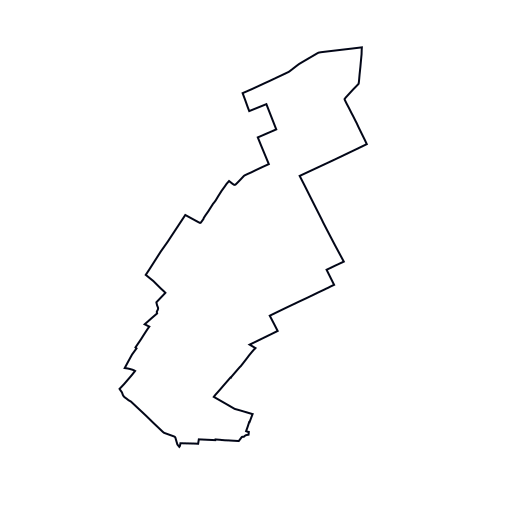 Mitreni, Calarasi, Romania (Natural Earth projection), rotated 338°
{"feature_id": "2599482B76882873077957", "entity_name": "Mitreni", "entity_type": "district", "adm_level": 2, "iso_a3": "ROU", "parent_name": "Romania", "parent_adm1": "Calarasi", "projection": "natural_earth1", "projection_center": [26.636, 44.19], "detail": "fine", "context": "isolated", "style": "outline", "palette": "ink", "viewbox_px": 512, "rotation_deg": 338, "n_neighbors": 0, "source": "geoboundaries", "source_scale": "gbopen_adm2", "svg_char_len": 3312}
<svg xmlns="http://www.w3.org/2000/svg" viewBox="0 0 512 512"><g transform="rotate(338 256 256)"><path d="M183.4,416.4L182.5,415.9L181.7,415.2L181.2,414.7L184.4,411.1L187.5,407.4L187.8,407.6L193.6,401.3L193.3,401.1L182.0,392.1L179.5,390.2L178.9,389.7L170.7,379.2L164.1,370.8L165.4,370.0L166.9,369.2L168.8,368.3L173.0,366.2L177.0,364.1L178.2,363.5L187.2,358.9L187.3,358.9L187.4,359.2L188.1,358.7L196.6,354.3L199.6,352.8L200.5,352.5L207.6,348.4L212.6,345.4L216.5,343.3L218.3,342.4L219.0,342.0L220.4,341.5L221.0,341.2L216.9,335.8L237.2,334.4L248.0,333.6L247.4,326.9L247.2,324.8L246.8,320.7L246.4,316.5L261.0,315.5L265.7,315.2L278.8,314.4L286.7,314.0L300.0,313.1L303.8,312.9L307.5,312.7L308.0,312.6L310.9,312.5L313.7,312.2L317.6,312.0L316.7,300.4L316.3,295.2L325.8,294.6L335.3,294.1L334.5,286.8L333.2,275.0L331.5,257.6L330.8,250.1L330.6,246.7L330.3,243.1L329.4,232.6L328.5,221.8L327.5,209.4L326.5,198.1L364.1,196.1L381.9,195.0L400.6,193.8L400.4,189.6L399.8,181.7L399.3,174.5L399.1,170.3L398.9,168.4L398.6,164.5L398.4,162.2L398.1,159.5L397.6,153.4L397.1,148.7L396.9,146.0L396.8,144.5L396.9,143.7L397.1,143.6L398.5,142.7L404.8,139.7L408.8,137.8L410.9,136.9L415.6,134.8L415.7,134.7L415.9,134.4L416.0,134.1L416.3,133.7L416.5,133.3L416.6,133.2L418.3,129.9L420.3,126.0L423.5,120.0L425.5,116.1L429.4,108.6L431.2,104.5L432.3,102.2L423.0,99.7L415.0,97.5L397.8,92.8L392.6,91.4L390.7,91.0L390.1,90.9L388.9,91.0L379.3,92.4L371.9,93.5L368.0,94.1L366.4,94.5L364.2,95.1L357.5,97.0L355.6,97.5L354.7,97.6L352.7,97.7L338.9,98.5L333.9,98.8L329.0,99.0L315.3,99.7L304.6,100.0L304.4,107.3L304.1,114.5L304.0,119.1L322.5,119.1L322.2,146.2L302.1,146.7L302.1,155.7L302.3,175.6L295.0,175.9L288.0,176.3L283.0,176.7L279.1,176.8L275.8,177.0L275.2,177.1L274.6,177.3L270.3,179.3L266.0,181.2L263.8,182.1L263.4,182.1L263.0,182.1L262.4,181.8L262.1,181.4L261.3,180.3L259.1,176.4L255.7,178.1L253.0,179.9L248.5,182.7L243.5,186.3L239.4,189.4L237.1,190.8L235.9,191.4L229.6,195.9L228.8,196.5L226.8,197.8L224.6,199.2L221.9,201.1L221.0,202.1L217.3,204.4L216.6,204.4L216.4,204.3L214.9,202.6L205.8,191.5L185.8,205.3L179.6,209.6L169.5,216.1L166.4,218.3L151.8,228.7L146.7,232.2L149.4,237.1L151.4,240.7L153.1,244.7L155.5,250.3L157.5,254.5L158.2,256.2L146.3,261.6L146.1,262.6L145.8,264.8L145.8,267.0L145.7,267.7L145.1,268.7L144.4,269.4L143.2,270.4L143.0,270.9L142.8,272.2L136.6,274.3L127.2,277.6L130.6,281.5L128.4,282.9L126.2,284.4L121.1,288.0L118.5,289.9L110.0,295.6L110.6,296.9L104.2,300.9L98.2,305.8L92.3,310.7L93.1,311.2L94.7,312.1L96.3,313.2L96.6,313.4L98.9,315.2L100.2,316.5L100.8,317.3L96.8,319.6L94.9,320.6L85.6,325.4L79.7,328.1L79.9,329.2L80.0,329.6L80.6,332.2L80.6,332.8L80.5,335.0L80.6,335.6L80.7,336.3L81.1,337.4L81.9,338.8L82.4,339.5L83.8,342.0L85.5,344.1L89.2,352.1L94.2,362.9L98.1,371.8L103.7,384.1L104.5,385.5L112.3,392.5L113.0,393.3L113.2,394.3L112.9,397.1L112.5,401.3L112.6,401.7L113.4,404.2L114.2,403.7L115.0,402.6L115.8,401.3L129.0,407.0L132.0,408.4L134.3,404.6L149.3,411.5L149.7,410.9L152.3,412.2L153.3,412.7L154.3,413.2L155.3,413.8L156.6,414.4L157.1,414.7L158.1,415.2L161.9,416.9L162.9,417.4L170.7,421.1L174.9,418.6L175.2,418.5L175.5,418.5L175.9,418.6L176.2,418.8L176.5,418.9L177.3,419.0L177.9,418.7L178.6,418.5L179.2,418.4L179.6,418.4L180.9,418.6L182.1,418.9L182.8,417.7L183.4,416.4Z" fill="none" stroke="#020617" stroke-width="2"/></g></svg>